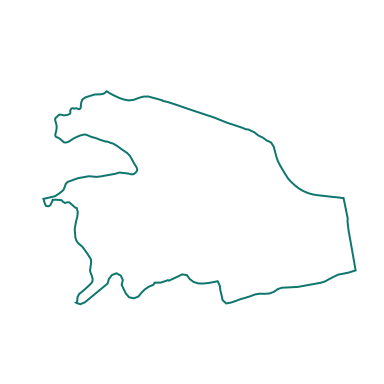 the district of Al Qubaytah, Lahij, Yemen, rotated 347°
{"feature_id": "15242507B21830684788724", "entity_name": "Al Qubaytah", "entity_type": "district", "adm_level": 2, "iso_a3": "YEM", "parent_name": "Yemen", "parent_adm1": "Lahij", "projection": "mercator", "projection_center": [44.415, 13.329], "detail": "fine", "context": "isolated", "style": "outline", "palette": "teal", "viewbox_px": 384, "rotation_deg": 347, "n_neighbors": 0, "source": "geoboundaries", "source_scale": "gbopen_adm2", "svg_char_len": 4056}
<svg xmlns="http://www.w3.org/2000/svg" viewBox="0 0 384 384"><g transform="rotate(347 192 192)"><path d="M73.1,102.6L72.8,103.2L72.1,104.3L71.5,106.3L71.7,107.3L72.2,108.0L72.9,108.4L73.6,108.9L74.4,109.6L75.8,111.2L78.5,114.9L79.0,115.1L80.3,115.4L82.5,115.4L85.6,114.4L87.8,113.5L90.0,112.9L92.2,112.4L95.7,111.8L98.9,111.7L101.0,112.0L103.3,113.4L105.9,115.4L110.5,117.9L113.8,120.2L119.3,123.5L119.5,123.4L120.1,123.5L121.9,124.5L123.8,125.9L126.1,127.1L129.5,130.4L133.4,134.9L137.5,139.3L139.5,142.5L139.9,143.9L140.8,146.7L142.3,152.1L142.7,153.0L143.6,155.9L143.6,156.0L143.8,157.3L143.5,158.3L142.7,159.5L141.2,160.5L139.7,161.3L138.3,161.4L137.7,161.3L137.0,161.2L136.0,160.7L134.7,160.0L132.2,159.0L129.6,158.1L125.6,156.7L121.8,157.0L118.9,156.9L106.8,156.3L106.2,156.2L102.3,155.8L95.7,153.6L94.5,153.4L83.9,152.9L74.0,154.1L73.1,154.2L72.2,154.8L71.7,155.1L70.9,155.6L68.8,158.9L67.1,161.2L65.3,162.1L65.2,162.2L62.4,163.5L62.2,163.6L58.6,164.9L57.6,165.3L54.2,165.3L53.9,165.3L52.2,165.3L51.5,165.3L50.8,165.3L49.6,165.3L45.7,165.3L45.8,165.8L45.8,167.3L45.8,167.8L45.9,168.8L46.0,169.5L46.3,171.5L46.6,172.7L48.8,173.6L49.0,173.6L51.0,173.0L54.0,169.2L54.5,168.2L55.6,168.6L57.4,168.8L63.0,170.6L64.2,172.6L65.6,174.0L66.1,174.1L66.9,174.0L67.9,174.0L68.8,174.1L69.8,174.4L70.3,174.7L73.3,178.9L74.7,180.9L76.1,181.8L76.1,183.5L76.1,184.0L76.2,186.1L76.0,186.4L74.7,190.2L74.5,190.7L73.0,193.4L72.1,195.2L71.0,197.9L70.9,198.2L70.7,198.7L70.6,198.9L69.6,201.1L69.1,203.4L68.8,205.6L68.4,208.2L68.3,209.2L68.1,210.2L68.1,210.6L68.4,213.0L68.4,213.4L68.5,213.6L69.1,215.0L69.5,215.9L69.7,216.4L70.2,217.0L70.6,217.6L70.9,218.0L71.8,219.3L72.1,219.5L72.8,220.6L73.0,220.9L73.2,221.4L73.3,221.6L74.6,224.8L74.9,225.4L75.8,227.6L76.2,228.6L77.0,230.9L78.4,235.0L78.1,236.8L77.8,238.3L76.5,241.6L75.0,245.5L75.0,247.6L75.5,250.9L75.6,254.4L75.1,256.0L74.5,257.1L73.4,258.2L70.8,259.8L70.0,260.3L68.9,260.9L66.1,262.5L60.0,265.6L59.3,265.9L59.2,265.9L58.3,266.9L56.7,268.9L56.1,270.9L55.3,273.3L54.1,273.7L55.1,274.6L58.0,276.2L62.8,275.4L89.2,262.2L91.5,258.0L95.3,254.9L100.1,254.2L101.9,255.8L103.8,257.4L104.8,262.2L102.6,266.5L103.6,271.3L104.7,276.0L107.0,280.4L111.4,282.5L116.2,281.8L120.2,278.7L124.3,276.2L128.9,274.5L133.6,273.7L135.1,271.9L141.3,273.3L148.7,272.5L149.6,273.2L154.3,272.2L159.0,271.2L163.8,270.1L167.5,271.5L168.3,271.8L170.2,276.3L173.3,280.0L177.6,282.5L182.2,283.7L187.0,284.3L192.1,284.6L196.9,284.7L198.0,289.5L197.5,294.4L197.6,299.4L197.5,304.3L200.3,308.3L205.2,308.5L210.1,308.0L215.3,307.3L220.2,307.1L225.3,306.7L230.2,306.0L235.0,306.3L239.7,307.5L244.4,308.3L249.3,307.7L253.8,305.9L257.9,305.5L273.9,308.3L297.1,309.4L298.5,309.3L301.8,309.0L306.5,307.6L311.3,306.4L316.0,305.4L321.1,305.6L326.0,305.8L331.0,305.4L333.8,305.2L334.5,292.2L335.9,264.5L336.9,255.7L337.8,252.6L338.3,231.9L337.0,231.6L332.4,229.9L327.6,228.3L323.1,226.7L318.3,225.0L313.4,223.3L308.9,221.4L304.7,219.1L300.8,216.2L297.1,212.8L293.8,208.8L291.1,204.8L288.7,200.6L287.0,195.9L285.4,191.1L283.9,186.2L282.6,181.2L282.1,176.2L282.0,171.2L281.8,166.2L280.2,161.6L276.4,158.6L273.2,154.9L269.4,151.9L266.2,147.9L261.0,143.8L258.4,142.9L255.1,140.5L241.3,132.1L230.0,124.2L215.8,115.6L206.5,109.9L197.0,103.9L188.5,98.8L184.0,96.7L183.8,96.1L179.5,93.7L175.1,91.4L170.9,89.1L165.8,88.1L160.8,88.4L155.8,89.1L150.8,88.5L146.3,86.5L141.9,83.7L137.8,80.5L134.1,77.3L131.5,74.6L131.4,74.6L130.9,74.9L130.7,75.1L129.3,75.9L127.4,76.4L125.2,76.3L119.0,75.1L109.6,75.8L107.3,76.7L106.1,77.2L105.0,78.6L103.9,80.6L102.4,85.1L101.8,85.6L101.0,85.9L100.2,85.8L99.4,85.2L98.7,84.7L98.1,84.4L97.4,84.3L96.6,84.3L95.9,84.2L95.2,83.8L94.7,83.6L94.1,83.5L93.4,83.5L92.9,83.9L92.1,84.7L91.6,85.4L91.6,85.9L91.5,86.1L91.4,86.8L91.3,87.6L90.8,88.2L90.2,88.5L88.9,88.7L87.3,88.8L86.3,88.7L85.3,88.7L84.6,88.6L83.5,88.1L81.9,87.3L80.8,86.8L80.1,86.8L79.7,87.0L79.2,87.1L78.4,87.6L77.3,88.4L76.4,88.8L75.5,89.3L75.0,90.5L74.8,92.2L74.9,92.7L75.0,95.7L74.9,97.5L74.5,99.2L73.7,101.3L73.1,102.6Z" fill="none" stroke="#0f766e" stroke-width="2"/></g></svg>